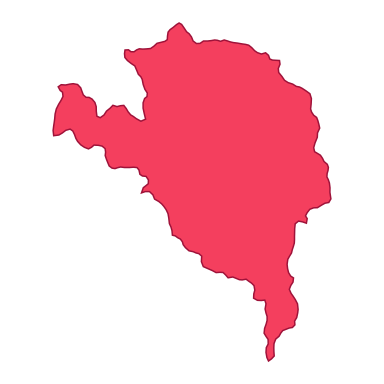 outline of Mato Verde, Minas Gerais, Brazil
{"feature_id": "56859067B8029388584979", "entity_name": "Mato Verde", "entity_type": "district", "adm_level": 2, "iso_a3": "BRA", "parent_name": "Brazil", "parent_adm1": "Minas Gerais", "projection": "natural_earth1", "projection_center": [-42.879, -15.456], "detail": "fine", "context": "isolated", "style": "filled", "palette": "rose", "viewbox_px": 384, "rotation_deg": 0, "n_neighbors": 0, "source": "geoboundaries", "source_scale": "gbopen_adm2", "svg_char_len": 3679}
<svg xmlns="http://www.w3.org/2000/svg" viewBox="0 0 384 384"><path d="M53.7,135.7L58.9,135.0L62.3,133.0L65.8,130.3L70.1,129.1L72.8,131.0L74.5,134.5L75.9,138.4L77.6,141.4L80.7,144.8L84.4,147.3L88.5,148.9L91.5,147.3L94.0,145.1L98.3,145.3L102.1,146.1L105.1,148.6L105.6,152.1L105.2,155.6L106.5,159.4L107.8,162.7L109.2,166.0L112.0,168.1L115.0,168.6L117.6,167.7L120.6,167.0L124.4,167.5L129.7,167.5L133.5,167.2L137.1,167.6L139.0,170.1L139.9,174.3L142.4,176.0L146.1,176.4L148.4,179.9L148.3,183.7L145.9,185.7L143.3,187.7L141.5,192.9L145.2,191.6L149.5,191.6L152.9,194.8L154.6,199.1L158.8,201.5L161.7,203.9L163.8,206.3L166.1,209.6L168.0,213.6L168.8,218.2L169.4,223.6L171.0,227.1L172.0,230.7L172.4,235.2L175.3,235.9L177.7,237.7L180.4,239.1L182.4,241.8L183.2,244.7L185.4,247.6L189.0,250.8L193.2,251.7L196.1,253.0L198.8,253.6L201.7,256.1L201.4,261.7L203.3,266.6L208.3,268.8L212.4,270.6L216.1,272.6L219.9,272.3L223.1,272.5L225.6,274.9L228.1,277.8L232.8,277.0L236.5,278.5L239.4,279.7L242.2,279.9L246.1,279.2L249.0,281.4L251.5,283.1L254.0,285.6L254.8,290.1L253.8,293.9L253.6,298.2L257.4,300.3L261.2,300.5L264.8,300.1L266.0,303.8L265.1,309.0L266.0,313.0L267.1,316.4L267.1,320.4L266.1,324.2L264.6,328.4L264.1,333.2L266.1,336.5L268.1,339.4L268.2,344.0L266.3,347.6L266.0,352.4L266.9,357.5L268.5,361.0L271.5,358.9L274.2,356.0L273.9,351.7L273.8,347.7L274.0,343.6L275.7,339.1L279.1,336.2L280.7,333.2L282.7,330.6L286.2,329.2L289.3,328.0L292.4,327.5L294.9,324.9L294.6,321.1L296.7,317.6L297.7,312.9L298.1,309.5L297.5,303.8L295.3,299.6L293.1,296.2L291.1,293.4L289.3,289.3L290.8,285.5L293.0,282.1L293.5,277.9L290.7,276.1L288.6,272.7L287.6,268.7L287.1,264.3L287.8,259.3L289.7,255.9L291.5,253.0L292.3,249.6L293.4,246.3L294.3,243.1L294.5,239.7L294.5,236.4L294.6,232.6L294.7,228.5L295.2,223.8L298.5,221.1L302.6,221.9L306.4,223.2L307.2,218.6L305.5,215.9L307.2,212.6L309.8,209.3L313.7,207.8L317.4,207.7L321.6,205.1L325.0,203.2L328.8,202.5L330.9,198.9L330.4,195.6L329.9,192.3L330.0,187.8L329.4,183.0L328.3,179.7L326.9,176.9L327.1,173.6L328.0,170.5L328.4,167.4L327.3,164.3L324.0,161.5L322.5,158.3L320.4,155.2L317.3,153.3L314.6,151.7L313.7,147.7L315.0,143.0L317.3,137.3L317.5,132.9L319.7,128.1L318.8,124.1L317.8,120.5L316.6,117.4L313.7,115.3L311.6,112.1L310.6,109.0L311.1,104.2L311.4,98.6L309.9,93.7L305.9,90.8L302.1,88.3L299.5,87.0L296.3,86.4L292.7,84.1L288.1,82.6L284.5,80.3L282.1,76.7L278.7,72.5L278.3,68.5L280.0,64.2L279.5,60.5L275.9,60.3L272.5,60.1L269.8,59.0L268.5,55.3L265.6,52.8L261.4,54.0L257.3,52.6L254.6,50.7L251.7,47.6L248.7,45.2L245.6,44.4L242.0,43.9L237.5,43.1L233.4,42.6L230.3,41.9L227.7,41.0L224.2,40.0L220.6,41.3L217.4,40.3L214.7,40.0L211.3,40.6L207.7,41.0L203.5,41.0L200.0,43.4L196.4,43.5L193.1,41.0L191.5,37.0L189.2,33.8L186.6,31.8L184.1,28.0L181.6,24.4L179.1,23.0L176.5,24.6L173.2,27.4L170.1,29.6L168.1,32.1L167.5,36.1L167.3,39.6L165.0,41.3L161.9,42.1L157.0,43.3L153.9,46.2L150.6,48.5L146.5,48.9L142.7,49.1L139.3,48.8L136.6,49.9L134.0,51.8L130.9,51.7L128.5,49.8L125.0,50.0L124.5,53.7L124.9,57.5L127.4,60.5L131.2,63.5L134.8,65.9L136.8,70.5L138.4,74.4L140.8,76.7L142.2,79.4L143.2,84.5L144.9,89.3L147.3,93.0L147.0,96.6L144.6,98.5L143.1,102.8L143.1,108.2L144.3,113.8L145.6,119.2L140.9,121.2L136.2,118.6L133.4,116.5L130.7,114.9L128.1,111.8L126.2,108.5L123.8,105.4L120.5,105.7L117.0,106.6L112.9,105.3L110.1,108.2L106.5,111.1L104.0,115.0L100.2,117.7L96.9,116.2L96.3,111.3L96.2,106.6L94.9,102.5L92.1,99.1L89.1,97.4L86.0,97.3L83.3,94.9L81.8,91.0L80.7,87.8L77.6,84.5L73.2,83.7L69.9,84.1L65.5,85.0L61.2,84.7L58.2,86.8L60.2,90.5L62.5,92.2L63.0,96.4L61.2,100.1L58.7,104.2L56.3,109.0L55.1,114.0L54.7,118.7L54.2,122.5L53.7,125.8L53.1,130.5L53.7,135.7Z" fill="#f43f5e" stroke="#9f1239" stroke-width="1.5"/></svg>